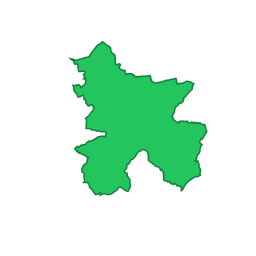 the district of Pujili, Cotopaxi, Ecuador, rotated 34°
{"feature_id": "8360857B69808227880519", "entity_name": "Pujili", "entity_type": "district", "adm_level": 2, "iso_a3": "ECU", "parent_name": "Ecuador", "parent_adm1": "Cotopaxi", "projection": "equal_earth", "projection_center": [-78.915, -1.008], "detail": "fine", "context": "isolated", "style": "filled", "palette": "green", "viewbox_px": 256, "rotation_deg": 34, "n_neighbors": 0, "source": "geoboundaries", "source_scale": "gbopen_adm2", "svg_char_len": 5829}
<svg xmlns="http://www.w3.org/2000/svg" viewBox="0 0 256 256"><g transform="rotate(34 128 128)"><path d="M163.4,180.5L162.8,175.4L161.4,173.3L160.3,172.6L158.8,170.1L156.5,168.9L154.3,168.4L152.9,166.0L150.9,166.6L149.7,166.3L149.0,165.8L149.0,164.5L149.4,162.1L147.5,158.7L148.6,157.7L148.8,156.5L148.7,155.1L148.2,152.5L149.2,151.3L149.8,149.3L149.9,146.9L149.7,143.7L149.9,142.2L151.5,139.5L152.2,137.5L153.3,136.9L156.8,136.7L159.4,138.4L160.7,140.0L161.4,141.3L161.8,141.3L162.3,141.8L162.4,143.0L163.6,143.5L164.3,143.3L165.5,143.8L167.9,143.5L168.6,143.9L170.0,143.5L171.5,144.2L172.6,144.2L175.6,143.1L177.9,144.2L178.3,144.8L178.9,144.7L179.3,143.6L179.8,144.1L180.6,144.3L181.0,144.8L181.7,144.5L182.4,145.2L182.8,145.2L183.0,146.5L184.2,147.5L184.6,148.4L185.5,149.1L186.2,150.5L186.7,150.5L186.9,151.0L187.3,150.9L187.5,151.2L188.4,151.1L189.9,150.1L190.9,150.0L191.1,150.4L191.8,149.6L193.0,149.8L193.2,149.2L194.6,150.2L195.8,149.5L196.9,149.7L197.0,149.0L197.4,148.8L197.5,147.8L197.7,147.7L198.8,148.0L200.0,147.7L200.6,148.4L201.1,148.1L201.4,148.3L202.3,147.5L202.9,147.6L202.9,147.2L203.3,147.0L204.0,147.1L205.9,148.0L206.5,148.8L206.8,149.8L207.3,150.2L207.7,149.1L207.2,143.8L207.6,138.9L210.4,132.0L211.2,130.5L212.7,129.6L213.3,128.8L214.4,126.6L214.2,126.2L213.3,125.8L212.9,125.3L212.8,124.8L212.4,124.3L212.3,123.5L212.0,123.4L212.0,123.0L211.6,122.8L211.5,122.2L210.4,121.2L208.5,120.5L207.4,118.6L206.0,117.5L205.5,117.4L205.3,117.0L205.0,117.0L204.8,116.4L204.2,116.9L203.9,116.7L203.3,116.9L202.9,118.1L202.1,117.7L202.5,117.6L202.7,117.1L202.4,116.0L201.8,115.4L201.5,113.8L201.1,113.7L200.6,111.2L200.7,110.6L201.0,110.4L200.9,108.1L200.4,106.5L199.5,105.6L199.4,104.6L198.8,103.6L198.5,101.8L198.6,100.3L195.4,100.0L194.8,98.5L194.9,96.3L194.7,95.9L195.7,95.8L195.4,87.7L195.2,86.6L194.9,86.4L194.6,86.7L193.8,86.3L192.3,84.4L189.5,82.3L188.9,83.4L188.0,83.2L186.5,84.0L185.2,83.4L184.5,83.6L183.3,84.7L181.8,85.0L181.7,85.7L181.1,86.6L180.2,86.2L179.2,86.6L179.0,87.7L178.4,88.0L177.7,87.4L177.0,88.0L176.8,89.1L175.6,89.9L175.0,89.7L174.0,89.8L173.5,89.6L173.4,89.2L170.7,91.3L169.2,91.8L166.9,93.8L166.8,94.3L167.3,95.1L167.2,95.4L166.8,95.7L161.3,95.7L159.7,94.3L158.0,94.0L157.6,88.9L156.2,86.4L155.7,83.8L156.7,81.4L156.5,79.4L158.3,77.2L158.8,75.6L158.5,73.9L157.4,72.1L158.1,70.1L158.2,66.7L159.4,59.7L158.2,57.7L157.9,54.6L153.6,55.0L150.4,56.4L149.9,57.9L149.1,58.7L148.3,60.3L147.7,61.1L146.2,61.6L144.4,64.1L143.4,63.0L143.0,63.0L142.3,62.6L141.8,62.1L141.9,61.7L140.9,60.8L140.1,60.6L139.8,60.1L138.0,62.5L136.6,63.3L134.7,66.0L133.3,66.7L130.5,70.6L125.3,75.7L123.5,75.9L122.3,75.7L121.2,76.1L120.3,75.0L118.2,73.3L117.9,72.7L117.1,72.3L116.6,72.9L115.7,73.0L115.1,73.9L112.8,75.9L111.2,76.7L110.2,78.1L109.8,78.4L109.1,78.3L108.3,79.6L106.8,80.2L105.8,81.8L104.9,81.6L104.1,80.9L103.5,80.9L103.2,81.3L102.8,81.2L102.6,81.5L101.8,80.9L100.6,81.0L99.5,81.6L98.1,82.8L97.3,83.1L96.9,83.7L96.8,84.5L96.3,84.7L95.8,84.8L95.0,84.1L94.1,83.0L94.0,82.4L93.1,81.9L92.6,82.2L92.3,82.9L90.4,83.3L89.4,83.2L88.1,83.6L86.5,82.5L86.6,81.5L86.5,80.4L86.2,79.7L85.7,79.5L84.6,79.7L84.0,81.1L83.2,81.9L81.8,81.7L80.4,79.9L79.6,79.5L79.4,78.5L78.9,77.5L77.7,77.0L76.9,75.3L76.0,74.8L74.9,74.7L74.2,75.0L72.8,74.6L72.1,74.7L71.4,73.7L70.1,73.5L69.2,71.7L68.6,71.2L66.5,70.8L65.9,71.3L65.2,71.0L63.9,71.4L63.5,71.2L60.9,71.1L60.4,70.7L58.8,70.8L58.2,71.6L58.2,73.4L57.7,73.8L57.0,75.5L56.5,75.9L56.5,76.8L56.1,77.4L56.2,80.7L55.8,82.3L55.9,85.0L55.5,88.0L56.0,89.7L55.4,91.1L53.0,93.9L52.5,94.1L52.0,94.9L51.7,95.7L46.9,101.1L45.7,101.3L45.0,102.0L44.3,101.6L41.6,102.7L43.3,103.0L45.0,102.8L45.9,103.3L46.2,103.1L46.8,104.0L48.5,104.8L49.4,103.6L50.9,103.6L51.7,104.0L52.3,105.5L53.3,106.2L54.4,107.8L55.8,108.7L60.3,104.9L60.8,105.2L61.4,106.5L61.2,108.6L62.1,109.4L63.6,109.4L63.6,111.8L64.0,111.4L64.6,111.7L65.2,111.2L65.8,111.4L66.8,113.1L67.3,113.6L67.7,115.8L66.4,120.7L65.0,119.8L63.9,119.9L63.1,119.5L61.7,121.4L60.8,121.3L60.1,123.3L58.7,123.3L60.2,124.7L61.4,126.4L63.6,127.8L64.9,128.0L66.0,128.6L67.8,129.0L68.9,130.2L69.3,130.2L70.8,129.1L71.2,127.7L71.8,127.2L72.1,126.2L73.5,126.2L74.1,127.0L74.8,127.4L75.1,128.6L75.6,128.8L76.1,128.4L76.9,128.5L77.3,129.1L78.5,129.1L78.9,129.6L78.8,130.5L79.0,130.8L81.0,131.2L81.6,131.8L82.1,131.8L82.7,131.9L83.7,131.4L83.7,129.6L84.1,129.0L85.3,129.4L86.2,128.9L87.0,129.5L88.0,129.4L88.0,130.9L88.9,131.5L89.5,132.6L88.7,134.9L88.8,138.7L87.5,143.8L88.8,144.4L90.8,147.0L91.6,149.0L92.5,150.1L93.4,151.8L94.5,151.3L96.2,149.9L99.5,149.7L101.4,148.2L103.6,148.2L104.8,147.4L105.1,146.8L107.0,146.1L107.5,146.4L110.3,144.3L112.0,143.8L112.6,144.3L113.3,146.0L113.9,148.3L112.2,148.6L110.5,149.7L109.8,150.7L107.9,152.5L106.8,155.5L106.8,156.1L106.2,156.6L105.3,158.7L104.1,160.1L103.0,160.5L102.7,161.0L102.6,162.2L102.2,162.5L101.8,164.0L102.0,164.7L101.7,165.9L100.2,166.8L99.7,168.1L99.0,168.1L98.7,168.4L98.4,169.3L97.9,171.9L96.3,171.5L96.1,171.9L96.1,173.1L95.8,173.8L95.5,173.9L95.4,174.4L95.7,174.7L96.0,175.4L96.3,175.2L97.2,175.5L98.5,175.1L98.7,176.0L99.6,175.1L100.6,176.4L101.4,175.8L102.3,176.0L102.8,175.2L103.6,175.6L104.2,175.5L104.8,174.9L106.4,175.2L108.0,174.8L108.5,174.4L109.6,175.2L110.9,174.6L111.7,174.5L111.6,176.2L112.6,178.6L113.3,179.9L113.0,181.3L112.0,182.9L111.9,183.5L112.4,184.4L112.1,185.3L112.2,186.3L112.6,187.3L112.8,188.4L113.4,188.8L114.6,190.2L116.5,189.9L117.3,190.4L117.9,191.8L120.0,194.5L121.5,195.9L122.0,196.9L121.7,197.9L123.8,196.7L124.5,195.9L124.8,195.8L127.5,196.7L129.2,198.6L133.1,199.4L136.7,201.0L137.6,201.0L138.2,201.4L140.6,199.3L140.5,197.3L141.5,197.2L142.6,199.2L143.8,196.9L145.5,195.2L148.4,194.7L151.4,191.5L152.4,187.8L153.3,186.5L153.5,185.7L153.6,182.7L154.0,181.6L154.6,181.3L156.1,181.1L160.8,181.3L163.4,180.5Z" fill="#22c55e" stroke="#15803d" stroke-width="1.5"/></g></svg>